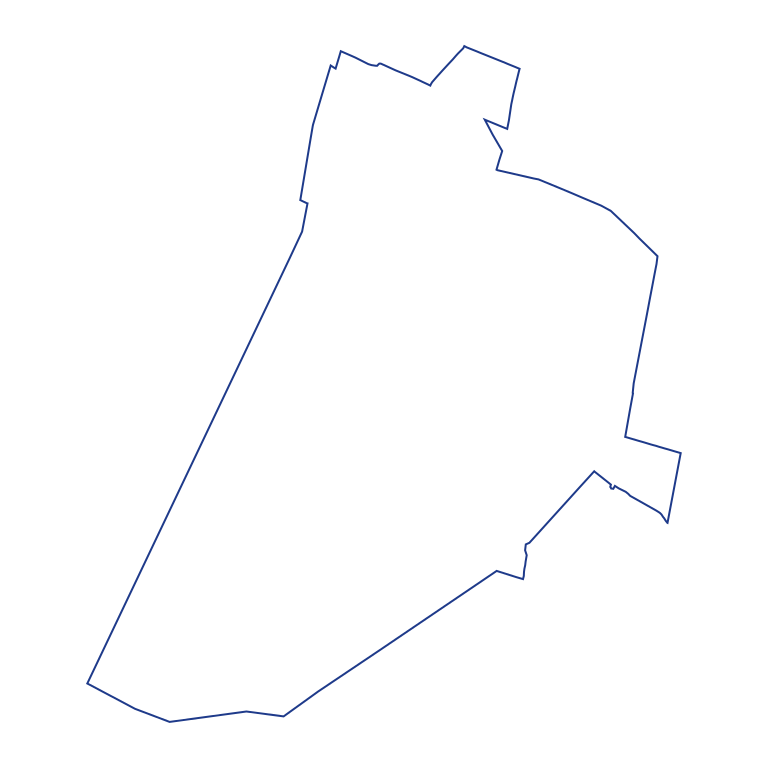 the district of Santa María del Tule, Oaxaca, Mexico
{"feature_id": "50627088B60883552057189", "entity_name": "Santa María del Tule", "entity_type": "district", "adm_level": 2, "iso_a3": "MEX", "parent_name": "Mexico", "parent_adm1": "Oaxaca", "projection": "equal_earth", "projection_center": [-96.623, 17.031], "detail": "fine", "context": "isolated", "style": "outline", "palette": "blue", "viewbox_px": 768, "rotation_deg": 0, "n_neighbors": 0, "source": "geoboundaries", "source_scale": "gbopen_adm2", "svg_char_len": 2156}
<svg xmlns="http://www.w3.org/2000/svg" viewBox="0 0 768 768"><path d="M657.5,256.2L639.3,238.4L634.2,233.1L610.8,210.9L601.1,205.6L582.6,197.8L577.0,195.4L575.6,194.8L572.1,193.3L561.1,188.7L538.5,179.4L533.8,178.5L497.5,170.2L496.5,169.7L499.4,159.7L502.2,151.0L499.7,146.7L492.7,134.7L484.8,119.7L504.5,127.8L505.0,128.0L507.2,128.9L508.9,120.4L511.3,104.2L512.1,100.5L512.8,97.0L513.6,93.3L514.4,90.0L515.2,86.7L516.0,83.1L516.8,79.8L516.9,79.6L518.8,71.8L519.6,68.8L516.2,67.4L515.8,67.2L507.4,63.8L503.5,62.1L503.1,62.0L491.9,57.5L480.9,53.1L476.8,51.4L466.8,47.4L464.3,46.1L463.2,48.3L458.0,53.5L456.0,55.7L452.8,59.4L448.2,64.3L442.3,70.7L436.7,76.9L432.1,82.2L430.9,84.2L430.3,85.6L427.9,84.4L423.6,82.4L422.5,81.9L420.7,81.0L419.4,80.4L418.5,80.0L412.4,77.2L409.8,76.1L395.5,70.3L387.4,66.6L383.7,64.9L382.7,64.5L381.5,63.9L380.7,63.6L379.3,63.6L378.2,64.6L377.6,65.3L377.1,65.8L375.4,65.7L371.5,65.1L368.3,64.1L355.4,57.6L351.8,56.0L340.8,51.2L339.3,56.3L335.6,68.6L334.4,67.9L330.7,65.5L321.7,95.6L313.0,124.8L312.7,126.3L310.6,138.6L300.3,200.1L307.0,203.3L307.5,203.4L303.0,226.9L302.1,231.6L289.9,257.7L87.3,683.5L135.0,708.8L169.6,721.9L246.4,711.5L283.6,716.4L318.0,691.6L379.8,650.1L496.1,571.3L496.6,570.9L516.2,577.1L523.0,579.1L523.8,576.0L524.0,571.9L524.4,568.8L525.2,565.2L525.6,561.7L526.7,555.2L525.1,550.3L525.8,544.4L529.4,542.8L579.9,487.0L594.2,471.3L594.4,471.5L610.9,484.6L610.6,485.7L610.3,486.8L610.5,486.9L611.2,488.5L613.3,488.8L614.9,485.9L618.8,488.4L625.7,491.8L628.2,493.8L630.0,495.7L630.4,496.0L655.6,510.2L656.3,510.6L657.1,511.1L659.0,512.3L660.0,513.0L661.4,514.4L662.1,515.4L662.7,516.4L663.2,517.1L663.8,517.8L664.4,518.6L664.9,519.5L666.1,521.3L666.8,522.1L667.3,522.8L667.5,522.9L670.6,506.5L680.7,453.1L673.5,451.0L672.2,450.6L669.8,449.9L667.8,449.3L664.5,448.4L661.5,447.5L659.0,446.8L655.9,445.8L653.2,445.1L650.7,444.4L645.1,442.7L643.1,442.1L641.0,441.5L638.5,440.8L636.5,440.2L625.2,436.9L630.2,408.5L633.0,393.3L632.7,393.0L633.7,383.3L640.8,346.2L646.3,317.6L648.2,307.6L649.9,298.5L652.1,287.0L654.8,272.8L656.1,266.1L656.5,264.1L657.5,256.2Z" fill="none" stroke="#1e3a8a" stroke-width="2"/></svg>